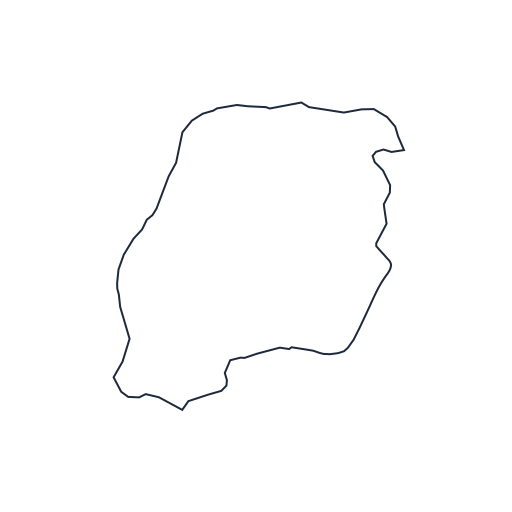 San Lorenzo, San Marcos, Guatemala, rotated 301°
{"feature_id": "79465075B14386686272745", "entity_name": "San Lorenzo", "entity_type": "district", "adm_level": 2, "iso_a3": "GTM", "parent_name": "Guatemala", "parent_adm1": "San Marcos", "projection": "albers", "projection_center": [-91.744, 15.025], "detail": "fine", "context": "isolated", "style": "outline", "palette": "slate", "viewbox_px": 512, "rotation_deg": 301, "n_neighbors": 0, "source": "geoboundaries", "source_scale": "gbopen_adm2", "svg_char_len": 1272}
<svg xmlns="http://www.w3.org/2000/svg" viewBox="0 0 512 512"><g transform="rotate(301 256 256)"><path d="M78.7,196.4L70.2,210.4L69.4,219.0L74.6,228.6L80.8,232.6L84.9,245.5L86.1,272.0L96.8,272.8L112.6,286.5L122.5,295.7L129.6,297.4L134.5,295.1L139.7,289.5L153.4,287.6L160.9,295.1L162.8,298.7L173.0,307.4L189.7,323.6L193.3,332.3L196.1,333.5L202.6,349.5L204.3,353.9L205.8,360.9L206.9,364.4L210.0,370.1L215.1,376.5L219.7,380.5L224.5,382.0L234.5,382.8L247.6,381.8L259.6,380.6L271.8,379.3L280.4,378.3L286.6,377.7L292.0,377.3L299.0,377.2L305.2,377.5L309.5,377.9L312.0,377.9L314.6,377.6L317.6,376.6L319.2,375.2L320.6,372.9L321.5,369.8L323.1,364.7L324.3,360.5L326.4,354.0L328.9,352.5L350.9,351.3L363.1,341.3L366.2,338.9L379.2,338.1L385.8,334.5L394.7,320.8L397.6,309.4L401.9,304.4L407.1,305.2L412.9,310.4L415.0,318.6L423.0,328.3L431.8,316.1L438.6,308.7L442.6,296.9L442.6,281.3L436.1,271.0L424.2,257.4L410.9,224.7L410.9,215.8L389.5,191.8L388.7,187.8L380.2,172.0L375.5,161.7L362.4,146.5L358.7,144.6L350.5,137.0L339.0,131.3L324.2,129.2L294.7,139.5L279.4,140.1L245.5,146.3L237.7,146.2L230.9,143.7L220.1,144.7L207.8,142.1L189.0,142.0L173.6,145.1L161.3,150.9L156.7,153.8L152.3,158.3L142.4,165.8L119.9,190.3L96.7,196.0L78.7,196.4Z" fill="none" stroke="#1e293b" stroke-width="2"/></g></svg>